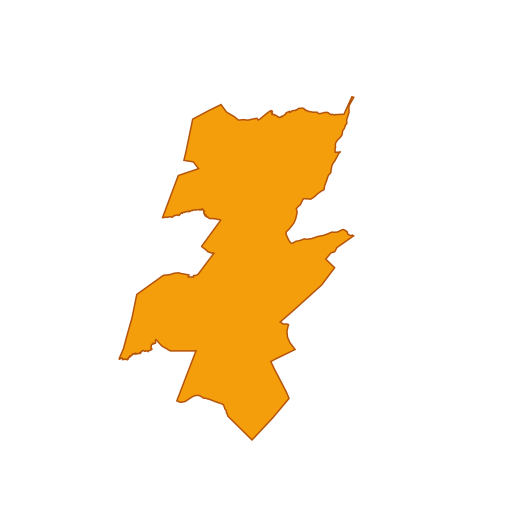 the district of Ndola, Copperbelt, Zambia, rotated 55°
{"feature_id": "96606910B76631115886164", "entity_name": "Ndola", "entity_type": "district", "adm_level": 2, "iso_a3": "ZMB", "parent_name": "Zambia", "parent_adm1": "Copperbelt", "projection": "natural_earth1", "projection_center": [28.528, -12.946], "detail": "fine", "context": "isolated", "style": "filled", "palette": "amber", "viewbox_px": 512, "rotation_deg": 55, "n_neighbors": 0, "source": "geoboundaries", "source_scale": "gbopen_adm2", "svg_char_len": 6140}
<svg xmlns="http://www.w3.org/2000/svg" viewBox="0 0 512 512"><g transform="rotate(55 256 256)"><path d="M107.6,229.4L129.9,253.0L136.3,260.2L143.0,253.3L151.5,253.0L145.5,273.5L170.9,310.5L171.3,310.2L172.6,307.2L173.4,306.7L173.7,306.0L173.9,304.9L174.6,303.7L175.2,303.5L175.6,302.8L176.1,302.4L176.0,301.8L176.3,301.2L176.2,300.9L175.9,300.6L175.9,300.1L176.4,299.3L177.0,297.4L177.6,296.5L178.1,296.5L178.3,296.3L178.6,295.2L178.0,293.6L178.0,292.6L178.5,292.1L178.1,292.0L178.0,291.6L178.5,291.1L178.8,290.1L179.1,289.9L179.3,289.2L179.3,288.5L179.6,288.3L179.6,287.7L180.3,286.7L180.3,286.4L180.7,286.2L180.8,285.4L181.3,285.4L181.7,284.1L181.5,283.8L181.6,283.4L181.6,282.9L182.2,282.4L182.3,281.3L182.6,281.0L182.6,280.6L183.0,279.6L183.9,279.1L184.1,277.9L184.7,277.1L184.8,276.7L185.3,276.3L185.4,276.0L186.1,275.7L186.2,275.4L185.8,275.2L186.0,274.8L186.9,274.4L187.2,274.0L187.0,273.6L186.5,273.7L186.4,273.5L186.5,273.1L186.9,273.2L187.2,272.8L187.9,272.8L188.7,272.6L188.9,272.8L189.4,272.8L189.7,272.6L189.9,272.7L189.8,273.3L191.0,274.2L192.2,273.8L192.5,273.9L192.4,274.2L193.0,274.1L193.1,274.4L193.6,274.5L193.8,274.0L194.1,274.5L194.6,274.2L194.7,273.7L196.0,273.9L196.3,273.2L197.4,273.1L199.0,272.2L199.8,271.3L200.0,270.4L200.4,269.9L201.1,269.5L202.2,267.9L203.0,267.4L203.2,266.9L204.1,266.5L204.6,265.6L206.1,264.4L206.4,264.3L216.9,295.0L217.9,294.9L221.8,293.6L223.6,293.1L224.5,293.1L225.3,292.8L225.6,292.4L226.9,291.5L228.0,290.9L228.9,289.4L229.6,288.9L237.7,313.8L237.7,315.6L237.5,316.1L236.2,318.4L237.4,319.3L234.3,323.5L233.1,321.8L227.0,327.7L225.2,329.3L223.2,332.9L222.3,335.6L222.1,336.8L218.7,343.0L219.1,375.7L235.4,392.9L248.8,409.3L254.2,415.7L255.8,417.6L261.7,427.1L262.3,427.0L262.3,426.6L262.4,426.4L262.3,426.1L262.4,424.8L262.9,424.3L263.1,424.7L263.6,424.2L263.8,424.2L263.9,424.4L264.6,424.5L264.8,424.1L264.8,423.8L265.0,423.6L264.9,423.1L265.3,422.8L265.5,422.3L265.9,422.1L266.0,421.4L266.6,421.4L266.9,420.8L267.3,420.6L267.0,419.6L266.4,419.5L266.4,418.3L266.0,418.0L266.2,417.6L265.8,417.5L265.6,416.8L265.8,416.3L266.2,416.5L266.2,416.3L265.9,416.1L265.9,415.4L266.2,415.2L266.2,414.8L265.5,413.1L266.0,413.0L266.2,412.4L266.2,411.9L266.4,412.0L266.7,411.7L266.5,410.6L267.1,410.6L267.2,410.2L267.6,410.4L267.7,409.7L268.4,408.7L268.3,407.7L268.8,407.1L268.6,406.8L268.6,406.6L269.0,406.5L269.4,406.7L269.4,406.3L268.7,405.3L268.8,404.8L268.4,404.6L268.4,404.0L268.6,403.6L268.5,403.1L268.7,402.4L269.7,402.2L270.2,401.8L270.4,401.4L270.3,400.7L270.9,400.5L271.3,399.5L272.4,399.1L272.1,398.5L272.1,397.8L272.6,397.0L272.4,396.1L272.7,395.7L272.7,395.1L272.1,395.2L271.9,394.4L271.0,394.5L270.3,394.2L270.0,393.6L269.2,393.3L268.6,392.0L268.7,391.5L268.9,391.5L269.1,391.1L268.8,390.5L268.4,390.1L268.6,389.9L268.8,390.1L268.9,389.9L269.2,389.9L269.3,389.2L269.7,388.8L269.7,388.3L269.0,387.7L268.6,387.6L267.6,387.0L267.2,386.6L267.1,385.9L275.9,384.7L284.6,380.6L299.3,359.6L329.2,403.9L330.6,403.2L330.9,402.8L331.8,402.4L332.6,401.6L334.3,398.3L334.6,396.6L334.7,390.2L335.1,386.6L336.7,383.7L337.2,383.0L339.1,381.8L340.0,381.3L341.3,381.0L342.4,380.4L343.5,378.8L345.5,377.5L345.7,377.2L348.4,375.2L351.5,373.2L357.9,368.5L359.3,368.1L361.4,368.5L363.6,369.2L366.0,369.1L367.4,370.2L368.8,370.1L370.2,370.7L371.1,370.9L404.4,364.8L398.2,335.2L391.6,310.6L384.4,309.1L358.5,305.7L351.0,304.4L351.5,299.6L355.0,277.6L346.4,277.9L340.6,276.8L335.1,273.6L330.8,268.7L329.4,269.8L328.4,271.1L328.2,271.9L327.5,272.5L326.3,273.1L324.5,273.6L323.9,274.0L322.0,256.0L317.4,218.9L310.7,198.3L298.6,200.7L296.5,193.2L296.5,192.3L297.6,189.5L297.5,188.7L295.5,184.9L295.5,164.5L294.2,165.0L293.9,166.1L293.2,167.1L291.0,168.2L290.3,168.1L288.4,167.4L286.4,168.1L284.6,169.2L284.1,169.7L283.4,173.1L283.3,174.6L282.9,175.8L281.6,178.1L280.0,180.0L278.1,188.2L275.4,194.4L273.5,200.9L271.7,204.2L271.3,205.2L270.0,206.1L269.6,206.8L268.7,210.6L267.9,212.7L266.8,214.8L266.6,218.5L265.8,219.7L264.7,220.1L261.2,220.0L255.9,219.0L254.8,218.4L253.9,217.8L253.5,216.9L253.0,213.5L250.8,206.2L248.5,202.4L244.2,197.6L242.9,196.8L240.6,196.1L240.2,195.2L239.5,192.3L239.5,190.6L239.3,190.0L237.4,186.7L236.3,184.5L236.8,183.5L239.3,180.4L239.9,179.5L240.7,178.9L240.9,177.7L241.0,174.9L240.8,172.1L240.5,171.2L240.3,167.9L240.3,164.7L240.6,163.5L240.6,162.1L237.9,159.6L234.8,155.0L232.0,151.4L231.4,150.1L231.0,148.9L230.8,147.2L226.5,143.1L225.3,141.7L224.0,139.1L223.3,136.9L220.9,132.1L219.6,130.0L219.2,127.6L218.9,127.4L218.4,128.7L216.5,131.6L213.9,130.1L212.6,128.5L210.8,127.5L209.5,126.4L208.8,125.3L208.2,123.8L207.7,122.3L207.3,119.7L206.7,117.5L205.9,115.8L203.1,113.2L202.2,110.5L200.2,107.8L199.6,105.7L198.2,104.7L197.0,104.1L196.3,103.5L193.9,100.2L192.6,98.8L191.8,97.5L186.8,94.1L185.9,92.9L182.1,84.9L180.6,86.1L190.3,102.6L189.7,103.9L189.0,104.5L188.4,105.9L187.5,106.9L186.9,108.3L185.9,109.3L185.7,110.8L184.6,111.4L184.4,111.8L183.9,112.0L183.6,112.9L183.3,112.9L182.5,114.0L180.0,114.7L179.3,115.1L178.8,116.2L178.5,116.3L177.6,117.7L177.5,118.5L176.4,121.2L175.3,123.0L174.6,123.3L173.3,123.4L172.7,124.4L171.7,125.5L171.5,126.3L170.7,126.9L170.6,127.3L169.9,127.7L169.6,128.1L168.5,129.3L167.7,129.7L167.4,130.5L166.4,130.7L165.7,131.2L165.5,131.7L164.5,131.6L164.4,131.9L163.3,132.3L162.5,132.2L161.2,133.5L160.8,134.6L160.0,135.5L159.6,136.5L159.5,137.3L159.8,138.8L159.3,139.3L159.3,140.3L159.0,141.0L158.5,141.5L157.8,143.2L158.0,145.5L157.8,145.8L156.8,145.5L156.6,145.8L156.6,146.9L156.3,147.5L156.3,148.2L156.1,148.7L156.1,149.6L156.9,151.1L156.7,153.4L156.8,154.5L156.4,154.6L156.2,155.2L156.6,155.6L156.6,156.1L156.1,156.5L156.0,157.1L155.8,157.6L155.0,157.7L154.7,158.2L154.4,158.3L152.7,158.8L152.6,159.0L152.0,159.3L151.7,159.7L151.0,159.6L150.7,160.2L149.5,160.8L149.5,161.4L149.0,161.7L148.0,160.5L147.0,160.9L146.8,160.8L146.8,159.6L146.6,159.6L146.0,160.1L145.7,160.1L145.3,161.4L145.3,165.1L146.1,174.4L145.9,176.2L143.8,176.2L142.6,178.5L140.1,184.7L137.0,188.2L134.9,192.0L134.2,192.6L133.7,192.8L132.5,193.0L129.3,193.9L122.8,196.9L120.9,197.6L111.9,197.8L109.8,211.1L107.6,229.4Z" fill="#f59e0b" stroke="#b45309" stroke-width="1.5"/></g></svg>